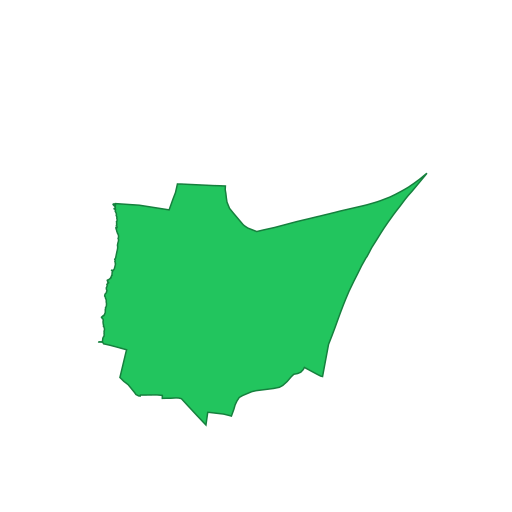 Sidi Gabir, Al Iskandariyah, Egypt (Albers equal-area conic projection), rotated 318°
{"feature_id": "37247803B76316502393625", "entity_name": "Sidi Gabir", "entity_type": "district", "adm_level": 2, "iso_a3": "EGY", "parent_name": "Egypt", "parent_adm1": "Al Iskandariyah", "projection": "albers", "projection_center": [29.945, 31.216], "detail": "fine", "context": "isolated", "style": "filled", "palette": "green", "viewbox_px": 512, "rotation_deg": 318, "n_neighbors": 0, "source": "geoboundaries", "source_scale": "gbopen_adm2", "svg_char_len": 5430}
<svg xmlns="http://www.w3.org/2000/svg" viewBox="0 0 512 512"><g transform="rotate(318 256 256)"><path d="M186.8,123.2L186.7,123.3L186.3,122.9L186.0,123.2L186.4,123.5L186.1,123.6L186.1,123.8L185.3,124.4L185.2,124.3L184.9,124.3L185.3,124.1L185.5,123.8L185.6,123.6L185.6,123.2L185.5,122.9L185.2,122.3L185.0,122.0L184.8,121.9L184.6,121.9L184.3,122.0L184.2,122.5L184.2,124.1L184.4,125.2L184.2,125.5L183.5,126.2L183.3,126.0L183.0,126.0L182.8,125.8L182.6,125.8L182.3,125.8L182.2,125.9L182.1,126.1L182.1,126.3L182.6,126.8L182.6,127.2L182.8,127.3L182.7,127.5L182.4,127.7L181.6,128.3L181.3,128.7L181.2,128.8L181.2,129.0L181.0,129.9L180.8,130.5L180.7,130.8L180.5,131.0L180.3,131.4L180.0,131.8L179.4,132.2L179.2,132.4L179.1,132.8L178.9,133.4L178.8,133.7L178.6,134.1L178.1,134.5L177.9,134.7L177.8,134.8L177.4,135.5L177.3,135.8L177.0,136.2L175.9,137.1L175.6,137.2L175.3,137.1L175.1,137.3L175.1,137.5L174.9,137.8L174.7,138.0L174.5,138.3L174.0,138.7L174.0,138.9L173.9,139.1L173.8,139.3L173.7,139.4L173.4,139.5L173.2,139.7L172.8,139.7L172.7,139.8L172.4,141.1L172.3,141.3L171.8,141.9L171.6,142.0L170.9,141.9L171.0,141.4L170.9,141.2L170.2,142.1L170.3,142.3L169.2,144.3L168.9,144.9L168.8,145.3L168.6,145.7L168.2,146.6L168.2,146.8L168.1,147.5L167.9,147.7L167.8,148.2L167.2,149.2L166.2,150.2L165.9,150.4L165.4,150.5L165.1,150.9L165.0,151.5L164.7,151.9L164.5,152.2L163.9,152.7L163.4,153.1L163.1,153.3L162.7,153.5L161.5,154.3L161.2,154.6L160.7,154.9L160.3,155.2L160.1,155.4L160.0,155.9L159.8,156.1L159.7,156.3L159.4,156.4L158.9,157.1L158.4,157.6L156.6,159.0L155.8,159.5L150.8,163.2L150.3,163.5L150.0,163.7L149.7,163.7L149.4,163.8L148.8,163.9L148.7,164.1L148.6,164.5L148.5,164.8L148.3,165.2L147.9,165.4L147.8,165.5L147.4,165.7L147.3,165.8L147.3,166.0L147.3,166.3L147.2,166.5L146.7,167.0L146.6,167.5L146.3,167.6L146.1,168.0L144.6,169.1L142.0,170.8L141.5,170.9L140.6,171.1L140.2,171.0L139.6,171.3L139.1,171.4L139.1,170.8L140.4,170.7L139.2,170.5L139.2,169.3L139.0,171.5L138.1,172.0L137.9,172.1L136.1,174.0L135.9,173.8L134.3,174.6L133.6,174.8L133.6,175.2L131.9,175.1L130.9,175.0L130.5,174.9L130.0,174.9L129.9,174.7L129.6,174.5L129.2,174.5L128.3,176.6L128.7,176.8L128.7,177.0L128.5,177.3L128.3,177.3L128.2,177.3L128.0,177.1L127.8,176.9L127.5,176.9L127.5,177.0L127.1,177.3L126.7,177.5L126.3,177.4L126.1,177.4L125.9,177.7L125.8,178.1L125.8,178.3L125.4,178.6L124.8,178.9L124.3,179.2L123.4,179.5L123.0,180.1L122.7,180.4L122.4,181.1L122.4,181.4L122.2,181.8L122.0,182.1L121.6,182.2L121.4,182.2L121.2,182.4L121.1,182.6L120.8,182.8L120.2,183.1L119.7,183.2L118.6,183.3L118.2,183.4L117.8,183.7L117.5,183.9L116.8,184.4L116.8,184.5L116.7,184.7L116.7,185.3L116.6,185.5L115.8,186.9L115.5,188.0L115.4,188.3L114.9,188.9L114.5,189.3L114.0,189.9L113.7,190.3L113.1,191.3L112.8,191.6L111.5,192.9L110.8,193.4L110.6,193.5L110.4,193.5L109.9,193.5L109.6,193.7L109.3,194.0L109.0,194.4L108.6,194.8L108.3,194.9L108.2,194.9L106.5,196.8L106.2,197.1L104.0,198.2L103.9,198.1L103.6,198.1L103.4,198.2L103.2,198.4L103.0,198.5L102.8,198.5L102.7,198.4L102.4,198.1L102.2,198.2L101.8,198.2L101.6,198.1L100.6,198.1L100.2,198.1L100.0,198.4L100.0,198.5L100.1,198.8L100.2,199.3L100.0,199.6L99.9,199.8L100.0,200.0L100.1,200.4L100.0,200.8L99.3,201.8L99.1,201.9L98.8,202.0L98.5,202.4L98.0,202.9L97.6,203.5L96.9,204.4L96.6,205.2L96.1,205.8L95.7,206.0L95.5,206.4L95.6,206.5L95.6,207.0L95.4,207.4L95.0,208.1L94.5,208.9L94.0,209.4L93.7,209.7L93.1,210.0L92.5,210.5L92.3,210.9L92.0,211.2L91.8,211.4L91.6,211.5L91.4,211.7L91.2,212.0L90.7,212.7L90.1,213.2L89.8,213.5L89.3,213.9L88.8,214.1L88.6,214.1L88.1,214.1L86.8,214.9L86.4,215.3L86.2,215.5L85.9,215.7L85.6,216.0L85.3,216.2L85.1,216.5L84.4,217.0L81.9,214.7L81.7,214.8L84.2,217.2L84.2,217.4L84.2,217.7L84.2,218.1L84.2,218.8L84.0,219.3L85.3,221.1L88.1,225.1L97.1,239.1L94.5,240.8L74.2,254.8L73.6,255.2L73.9,260.8L74.9,266.1L74.4,276.2L74.1,278.6L75.2,281.5L76.3,282.6L77.1,282.0L80.3,284.9L89.3,292.8L93.1,296.9L91.1,299.1L94.4,301.9L97.4,304.6L101.7,308.0L103.5,309.8L105.1,312.1L105.2,322.5L105.4,335.7L105.7,348.1L115.5,339.9L116.4,340.7L123.6,348.9L125.9,351.5L126.5,352.3L129.4,356.6L130.6,358.5L136.8,355.2L138.9,353.9L140.8,352.7L144.8,351.0L148.9,349.9L153.0,350.8L153.5,351.0L162.1,354.0L165.9,356.1L180.4,366.2L185.5,369.2L189.3,370.1L195.2,370.1L201.5,369.3L205.0,369.2L208.3,371.2L211.5,372.3L215.1,372.0L217.4,371.2L222.2,384.6L223.7,388.5L224.8,390.1L250.8,370.2L259.0,366.1L267.1,361.9L274.0,358.2L280.2,354.9L288.2,350.8L293.9,348.0L301.6,344.4L312.1,340.1L319.4,337.3L327.9,333.9L336.4,331.0L338.0,330.7L343.3,328.8L345.1,328.1L347.9,327.1L354.0,325.4L358.2,324.2L364.4,322.4L369.9,320.9L373.2,320.1L376.9,319.2L382.0,318.1L385.1,317.4L390.2,316.4L396.5,315.3L404.6,313.7L409.6,312.9L415.2,312.3L436.5,309.2L438.4,308.9L437.7,308.8L428.6,308.4L425.8,308.1L421.7,307.7L418.8,307.3L415.6,306.9L410.7,305.9L406.8,305.0L400.1,303.3L398.1,302.7L396.6,302.3L394.4,301.6L392.6,300.9L390.0,299.9L385.8,298.3L382.7,297.0L379.7,295.6L372.7,292.2L368.6,290.0L348.6,278.9L343.4,276.2L341.4,275.1L338.9,273.8L335.8,272.1L333.2,270.7L330.2,269.1L327.9,267.8L320.1,263.6L317.9,262.4L315.0,260.8L309.3,257.7L288.8,247.2L279.1,241.7L272.9,238.3L268.6,229.7L267.6,225.7L267.4,224.0L267.9,208.6L268.2,202.9L270.5,196.5L270.9,195.9L272.9,192.9L275.4,189.4L277.5,186.1L280.1,183.5L275.4,178.9L271.4,175.1L259.3,163.1L248.6,152.5L245.8,149.9L238.6,155.0L232.5,158.1L222.3,163.6L203.3,140.2L186.8,123.2Z" fill="#22c55e" stroke="#15803d" stroke-width="1.5"/></g></svg>